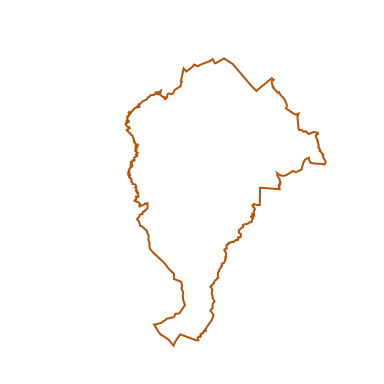 Naucalpan de Juárez, México, Mexico, rotated 303°
{"feature_id": "50627088B48006947471790", "entity_name": "Naucalpan de Juárez", "entity_type": "district", "adm_level": 2, "iso_a3": "MEX", "parent_name": "Mexico", "parent_adm1": "México", "projection": "robinson", "projection_center": [-99.3, 19.474], "detail": "fine", "context": "isolated", "style": "outline", "palette": "amber", "viewbox_px": 384, "rotation_deg": 303, "n_neighbors": 0, "source": "geoboundaries", "source_scale": "gbopen_adm2", "svg_char_len": 6088}
<svg xmlns="http://www.w3.org/2000/svg" viewBox="0 0 384 384"><g transform="rotate(303 192 192)"><path d="M60.2,232.5L56.4,240.3L55.4,243.7L55.6,248.3L55.4,252.8L53.1,260.3L57.0,259.5L66.2,259.7L70.0,276.6L71.1,278.1L72.6,276.3L73.4,276.0L74.5,276.8L74.9,277.8L76.2,278.0L76.4,277.1L77.1,276.6L78.7,277.2L79.6,278.2L81.3,277.6L83.0,277.8L82.3,278.8L83.0,279.3L83.9,278.1L84.4,278.1L84.4,277.9L95.0,278.3L100.1,277.3L100.7,277.0L102.6,272.0L103.9,271.9L105.0,272.4L106.1,272.5L109.0,270.4L110.8,270.3L112.3,270.6L113.6,268.7L114.5,266.8L116.3,265.7L117.7,263.8L120.4,262.6L121.5,261.9L122.5,259.0L123.3,259.3L124.0,259.1L124.7,259.9L125.5,259.5L127.6,260.1L128.9,259.5L130.0,259.4L132.2,260.4L133.2,260.1L134.5,260.8L134.9,259.8L138.9,257.6L140.2,257.9L141.2,257.3L145.6,257.3L146.2,256.7L147.4,257.1L147.9,256.4L149.3,256.7L150.3,257.6L151.9,257.3L153.6,256.9L154.1,256.6L154.1,256.2L156.0,256.0L156.1,255.3L157.0,255.5L159.2,254.1L159.8,252.5L160.7,252.1L160.9,251.7L160.7,250.9L161.4,250.6L161.9,250.8L162.0,251.2L162.8,251.2L163.9,251.8L164.4,251.0L165.6,250.4L166.0,249.8L167.4,250.3L167.8,250.8L168.9,250.5L169.2,251.1L170.2,251.1L170.7,252.0L172.3,252.9L172.3,253.4L172.8,254.2L173.9,254.6L174.6,254.4L175.2,255.0L175.7,255.0L176.9,256.7L177.9,256.5L178.8,255.4L179.2,255.4L179.8,256.5L180.8,257.3L181.4,256.9L183.3,256.2L183.3,253.9L185.2,252.1L186.0,252.1L186.8,252.7L189.4,253.2L190.3,253.9L191.4,253.5L192.0,252.7L193.7,253.7L195.1,255.6L196.0,255.9L196.3,256.4L197.8,256.6L198.9,258.0L199.3,258.2L202.1,257.4L202.5,257.6L203.7,257.4L203.8,256.4L203.2,255.4L203.6,254.9L205.8,256.9L205.9,256.3L205.4,255.7L206.3,254.5L207.3,255.9L208.7,254.5L209.5,254.6L210.6,254.1L211.8,254.3L212.8,252.7L212.5,251.8L213.9,250.6L213.9,250.0L215.2,250.6L215.8,250.5L216.2,252.8L217.8,256.0L232.7,246.8L242.1,264.0L242.5,263.6L242.6,262.6L242.9,262.4L243.5,262.9L244.0,262.7L244.5,261.4L244.9,261.1L245.4,261.1L245.8,261.7L246.8,261.8L247.1,260.8L248.4,261.0L249.6,258.9L250.6,258.4L252.2,254.6L253.0,254.5L254.2,253.1L254.1,255.7L254.6,258.8L255.8,260.4L258.0,262.2L264.6,265.2L265.3,268.4L270.5,271.6L276.6,269.6L279.5,269.2L281.1,269.3L284.4,271.4L282.7,272.7L281.1,275.5L282.1,278.4L287.2,287.2L286.7,287.3L287.0,288.0L288.6,288.3L290.4,287.4L292.6,283.0L293.7,282.2L294.2,281.1L294.7,280.9L295.0,281.2L295.8,278.4L295.9,276.9L296.6,276.8L296.7,276.3L297.4,276.0L297.8,274.8L298.4,274.4L298.7,273.3L299.7,273.1L300.7,272.5L301.9,270.7L302.7,270.4L302.9,269.5L303.9,269.3L305.4,266.3L306.0,265.8L307.3,265.0L309.5,266.1L310.2,265.1L309.9,264.6L308.7,261.3L304.1,258.4L305.0,254.4L303.3,252.9L303.7,250.0L302.4,248.5L302.4,247.8L302.7,247.3L312.5,239.4L315.8,238.7L313.9,237.3L313.1,235.6L313.3,225.2L315.3,224.9L316.8,224.0L319.6,220.0L321.0,216.4L321.4,213.6L323.1,210.4L321.9,209.7L323.8,203.2L324.4,203.2L324.6,201.8L325.4,201.4L326.8,199.7L328.2,198.6L330.5,199.4L330.9,196.9L311.8,190.9L313.7,182.8L321.5,156.7L321.5,146.1L312.7,141.6L312.5,140.9L314.7,137.0L311.6,135.8L303.9,130.1L301.0,128.7L300.4,127.5L300.1,124.4L297.9,124.4L290.0,121.7L291.1,117.7L278.8,122.4L278.8,123.4L277.0,123.5L275.5,124.4L274.3,124.7L268.7,122.1L267.2,122.0L265.6,122.4L263.8,122.2L262.8,121.0L262.1,119.0L261.1,118.3L260.3,118.3L257.9,119.5L255.2,119.0L255.1,118.4L256.7,117.6L256.9,117.2L255.7,115.7L256.3,112.3L255.5,110.0L256.3,110.5L256.8,111.8L260.1,110.7L259.7,110.5L258.0,110.9L257.1,108.8L256.1,107.7L255.2,107.2L253.3,107.4L252.6,107.1L250.6,104.5L248.5,104.4L247.3,103.4L245.3,103.8L240.6,100.9L236.0,100.3L234.5,101.6L233.9,100.9L235.1,101.1L235.8,99.8L235.1,100.0L231.1,98.4L227.7,97.7L225.4,97.6L225.4,96.1L224.5,95.7L224.5,96.5L223.7,97.2L223.1,96.6L221.8,97.1L222.3,97.5L220.5,97.4L220.7,97.0L220.1,96.6L217.9,98.0L217.4,99.3L217.1,98.7L216.5,98.5L216.8,100.5L216.5,100.9L215.9,100.4L216.1,99.7L215.9,99.2L214.9,99.1L214.3,99.8L213.6,99.1L212.7,99.5L211.6,101.5L212.2,104.2L211.7,105.0L210.8,104.1L209.4,104.2L208.6,103.5L208.3,103.8L208.2,105.1L207.4,106.8L207.7,108.3L206.9,109.2L206.8,109.8L207.0,110.4L206.6,111.7L205.8,112.5L204.9,114.3L203.6,115.0L203.7,115.4L203.2,116.2L202.6,116.0L202.6,116.7L202.2,117.4L201.7,117.6L201.5,119.7L202.3,120.3L202.1,121.2L201.5,121.0L201.1,120.2L200.6,120.0L200.6,119.5L200.3,119.7L200.5,120.7L200.1,121.6L199.9,121.7L199.1,120.6L198.8,121.4L197.3,120.9L197.3,122.3L195.5,122.1L195.3,122.4L195.5,123.7L195.4,125.0L193.7,124.5L192.9,124.6L193.2,125.3L193.1,126.1L192.5,126.4L189.4,124.9L187.7,125.6L187.9,126.1L187.7,126.4L187.0,126.6L186.7,126.5L186.0,124.8L184.3,125.0L183.7,124.4L183.2,124.9L183.6,125.7L183.2,125.8L182.4,125.3L181.6,125.6L181.7,126.0L181.3,126.3L182.0,127.0L181.6,127.9L180.5,127.8L179.2,126.9L178.6,127.2L177.5,126.8L176.8,127.3L175.7,127.1L175.4,128.1L174.6,128.7L173.8,127.9L173.1,127.9L171.8,129.2L172.6,129.6L173.0,130.4L172.5,131.0L170.7,130.8L170.3,131.0L170.3,132.3L169.8,132.6L170.0,134.0L169.2,134.3L169.0,135.0L167.9,135.2L167.5,135.6L167.6,136.5L166.8,137.6L166.4,137.7L167.3,139.8L167.3,140.3L166.8,141.4L166.0,142.5L164.8,141.9L164.4,143.4L163.9,143.9L162.4,144.4L162.8,145.7L161.5,146.0L161.9,147.1L160.6,147.8L160.5,148.3L159.0,149.7L158.7,149.6L158.7,148.9L158.0,148.3L157.6,147.6L157.2,147.9L156.8,148.7L155.8,149.1L154.9,149.2L154.2,148.5L153.3,148.6L153.2,148.8L154.3,153.1L153.8,154.6L153.2,155.3L152.8,154.8L151.4,156.0L155.4,158.7L156.7,159.3L156.9,159.0L157.2,159.6L158.4,160.7L154.2,163.6L152.6,163.3L151.8,162.6L150.6,163.0L150.0,162.8L148.9,161.7L148.5,161.6L146.5,162.5L145.9,162.1L145.5,161.1L144.3,160.5L142.7,161.2L139.8,160.6L139.1,161.0L138.4,163.6L135.4,167.0L136.0,168.2L134.9,175.2L133.7,176.4L131.9,179.2L127.4,182.2L125.8,184.6L124.2,185.2L121.8,187.3L121.2,188.4L119.8,193.6L117.6,206.7L116.4,210.6L114.9,214.1L113.7,221.0L113.3,221.8L111.1,222.9L109.2,224.4L110.7,230.8L110.5,232.2L108.1,234.7L107.1,235.2L105.6,235.4L103.3,239.1L102.3,239.5L101.8,240.1L100.5,240.3L96.4,243.7L93.4,247.7L83.5,247.5L82.9,247.2L81.2,244.7L80.1,244.4L78.6,245.0L77.2,244.9L72.0,239.8L71.1,239.4L69.6,239.4L68.9,238.6L65.9,237.8L60.7,233.3L60.2,232.5Z" fill="none" stroke="#b45309" stroke-width="2"/></g></svg>